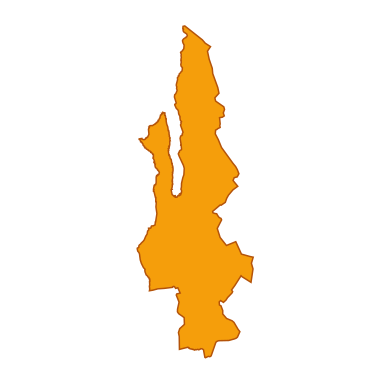 Eid nor, Sogn og Fjordane, Norway (orthographic projection), rotated 87°
{"feature_id": "86288312B38432559775747", "entity_name": "Eid nor", "entity_type": "district", "adm_level": 2, "iso_a3": "NOR", "parent_name": "Norway", "parent_adm1": "Sogn og Fjordane", "projection": "orthographic", "projection_center": [5.985, 61.929], "detail": "fine", "context": "isolated", "style": "filled", "palette": "amber", "viewbox_px": 384, "rotation_deg": 87, "n_neighbors": 0, "source": "geoboundaries", "source_scale": "gbopen_adm2", "svg_char_len": 6106}
<svg xmlns="http://www.w3.org/2000/svg" viewBox="0 0 384 384"><g transform="rotate(87 192 192)"><path d="M111.2,155.2L108.6,155.8L102.5,163.6L100.7,164.0L99.1,164.2L94.8,159.9L89.0,160.8L74.9,165.1L69.5,165.3L60.3,167.9L52.2,169.2L47.8,165.9L44.1,171.0L40.6,173.7L25.8,190.5L26.1,192.3L28.2,192.6L28.3,192.3L29.1,192.0L29.5,192.5L30.9,192.3L31.9,191.7L33.9,189.0L35.6,188.5L36.8,189.2L37.0,189.9L37.5,190.0L37.9,191.2L38.8,192.5L39.9,193.4L40.5,193.6L42.6,193.2L44.9,192.2L48.5,192.7L51.3,195.0L51.6,195.8L52.0,196.1L54.1,195.5L55.3,195.8L57.2,195.6L58.9,196.1L59.9,195.8L60.1,195.9L59.7,196.1L60.2,196.2L61.6,195.9L64.2,196.5L65.7,196.3L67.4,195.1L69.6,195.4L70.6,195.6L71.2,196.5L72.3,197.2L73.3,198.5L74.9,198.9L75.3,199.5L75.7,199.3L77.1,200.6L79.0,200.5L83.7,202.0L85.1,202.1L86.2,201.7L88.1,202.0L89.1,201.6L89.9,201.6L92.9,203.0L94.0,204.2L96.2,204.6L102.3,203.1L103.1,203.7L103.5,204.6L104.1,204.7L107.7,203.3L109.2,201.9L110.3,201.4L113.3,201.2L116.5,199.9L117.1,200.2L119.7,199.9L121.3,198.8L121.9,199.4L123.3,199.3L124.2,199.9L124.8,199.9L131.9,197.8L133.1,198.6L134.4,198.6L134.6,199.1L135.0,199.2L135.0,199.5L135.6,200.4L137.8,201.1L143.9,200.4L143.9,200.7L144.6,200.8L144.6,200.4L148.9,200.2L149.2,200.4L149.9,201.8L150.8,202.6L151.7,202.6L152.1,203.2L153.2,203.7L156.0,202.8L164.9,199.2L167.9,198.5L174.3,199.2L177.5,200.5L182.8,202.0L186.5,202.3L188.6,202.9L189.7,202.4L191.4,202.4L192.3,202.7L192.6,203.3L192.8,203.3L192.6,203.2L192.5,202.8L193.1,203.0L192.8,203.7L193.2,204.4L194.3,203.7L195.1,205.2L194.5,205.6L195.6,206.9L196.2,207.0L196.4,207.6L196.4,208.4L196.3,208.7L195.9,208.7L195.8,209.1L196.1,209.2L195.4,210.2L195.1,210.2L194.8,208.9L195.0,208.5L194.9,208.6L194.7,208.9L195.0,210.4L193.5,212.0L189.0,212.7L188.5,212.6L188.3,211.7L187.4,212.1L186.0,211.5L183.5,211.3L183.5,210.9L182.8,210.8L181.8,211.1L180.1,210.9L180.0,211.3L176.7,210.5L173.4,210.7L172.5,210.3L171.5,210.5L171.5,210.2L169.5,209.8L166.8,209.7L166.5,209.8L166.4,210.1L165.7,209.8L163.4,210.4L162.5,210.3L162.5,210.7L158.9,211.0L158.1,211.2L157.9,211.7L157.4,212.0L154.8,212.3L154.6,212.8L153.7,212.8L153.7,213.2L149.2,213.5L149.2,213.1L148.3,213.2L147.3,212.6L146.9,212.7L146.9,213.0L146.2,212.4L145.0,212.2L145.0,212.6L144.6,212.4L144.6,212.0L143.2,211.7L140.2,211.6L139.6,211.4L139.6,211.1L138.7,211.4L137.2,211.1L137.2,211.4L136.3,211.3L135.1,211.8L134.2,211.6L133.3,211.9L131.6,211.8L129.5,212.1L129.5,212.5L125.7,212.8L122.9,213.7L119.7,214.1L117.7,213.9L117.7,214.3L114.4,214.6L113.9,214.8L113.9,215.2L111.9,214.9L111.9,215.3L111.5,215.3L111.4,216.2L110.9,216.9L111.8,217.2L111.8,218.0L112.3,217.7L112.3,218.1L113.4,218.8L113.5,219.4L116.7,220.3L116.7,220.6L119.1,221.8L118.9,222.2L120.0,222.4L120.4,223.3L120.9,223.5L120.8,224.0L121.8,224.6L121.9,225.2L122.2,225.2L123.1,227.2L123.6,227.8L123.5,230.3L124.0,231.1L124.2,230.5L124.2,230.9L125.5,231.3L125.5,231.7L127.2,232.2L132.1,232.0L134.9,233.5L135.0,234.1L135.4,234.3L135.4,234.8L135.7,234.7L136.2,235.6L136.7,235.8L137.2,237.1L137.1,237.8L136.6,239.2L135.9,239.2L135.9,240.2L136.3,241.0L136.1,241.9L136.5,242.0L136.8,242.0L137.2,241.3L137.7,240.9L139.2,240.7L139.2,240.0L139.6,239.9L140.0,239.3L140.9,239.1L141.2,238.6L142.9,238.3L143.4,237.6L144.5,237.2L144.6,236.8L145.5,236.7L145.7,235.8L146.7,235.3L147.4,233.9L147.7,233.9L147.9,233.4L148.5,233.1L149.2,231.5L150.0,231.3L149.9,231.1L150.1,230.6L150.6,230.6L151.1,229.8L152.3,229.3L152.3,228.9L152.6,229.0L152.8,228.6L155.2,228.7L155.2,229.0L156.2,229.2L157.2,228.5L159.2,227.9L160.1,227.8L160.0,228.4L160.6,228.5L161.1,227.9L162.4,227.6L162.4,227.2L163.7,227.6L165.3,227.3L165.8,227.1L166.8,225.9L168.3,225.2L168.4,224.8L169.1,224.5L169.6,224.0L170.9,223.6L172.6,224.2L172.9,224.5L172.8,225.2L173.6,225.4L173.6,225.9L174.0,226.0L173.8,226.5L175.2,227.0L180.7,227.3L182.5,227.8L182.4,228.1L182.6,228.5L183.2,228.7L183.2,229.1L183.7,229.1L183.7,229.5L186.5,230.2L187.8,230.4L187.8,230.0L189.4,230.4L189.6,229.9L195.6,228.8L195.6,228.4L199.7,228.7L200.1,228.6L200.1,228.2L201.4,228.3L205.0,228.8L211.8,228.2L220.0,229.9L220.0,230.2L222.9,230.6L223.8,232.6L223.7,233.8L224.1,234.5L225.5,234.8L225.9,235.2L225.9,237.3L227.6,237.2L228.7,238.4L231.6,239.0L233.7,240.5L237.3,242.2L238.5,243.2L240.6,245.6L241.4,246.2L242.0,247.2L242.8,247.8L244.5,248.1L244.8,248.4L245.1,249.5L245.8,249.7L248.2,249.3L249.7,248.2L251.1,247.7L257.2,247.2L260.6,246.3L265.0,244.4L266.7,242.9L267.4,243.2L269.2,243.1L272.4,242.1L273.3,241.1L275.1,240.0L275.1,239.6L276.7,239.2L276.7,238.8L278.8,238.7L278.9,239.1L283.0,239.1L283.6,239.5L286.8,239.3L288.4,239.7L288.0,236.3L286.9,231.2L286.8,224.9L286.2,216.4L285.6,216.2L285.3,215.0L285.8,214.3L287.4,213.4L286.9,211.2L292.3,209.1L293.0,212.6L294.1,213.1L301.3,210.7L308.3,212.6L310.9,212.8L312.8,211.7L317.0,206.4L323.8,206.5L327.8,211.4L331.7,212.9L335.6,212.3L348.5,212.8L346.8,204.2L347.1,204.0L347.3,203.2L347.9,203.2L348.3,202.5L348.7,201.4L348.7,200.8L349.1,200.1L349.0,199.4L349.5,199.0L349.5,198.5L350.0,197.6L349.5,197.0L349.8,196.2L349.4,194.4L350.0,193.4L349.6,192.8L349.3,191.8L348.9,191.5L349.1,190.8L349.0,190.3L350.1,188.8L357.8,187.8L358.2,187.2L357.0,184.3L357.4,182.8L357.0,181.9L356.5,181.4L344.0,176.3L343.3,176.0L342.3,174.6L341.9,173.1L342.2,163.1L340.9,157.2L340.3,155.5L339.3,154.2L334.0,151.5L331.7,153.1L324.4,156.9L322.7,158.7L320.1,164.1L315.4,167.7L312.0,167.5L307.2,169.0L306.3,170.5L303.2,170.6L301.9,169.1L303.9,166.4L301.8,163.8L299.3,162.0L295.0,157.4L293.6,156.6L291.9,157.6L287.6,154.1L278.2,147.4L279.2,146.5L285.3,137.8L272.0,135.1L266.3,136.4L260.3,134.3L259.4,137.6L256.6,145.9L243.9,150.9L247.2,160.4L238.9,166.3L229.7,168.7L221.4,163.9L219.9,164.4L218.9,166.2L217.0,167.5L215.0,168.5L214.6,170.4L213.9,172.1L213.5,172.3L212.4,172.4L206.4,164.5L206.7,163.6L204.1,159.3L200.2,157.7L197.0,155.7L192.0,151.0L188.7,146.0L182.7,150.4L179.9,149.1L179.3,146.1L176.2,144.2L172.0,145.6L168.9,147.1L165.5,149.6L149.1,160.2L141.1,163.0L135.2,165.7L131.4,165.2L130.8,163.8L130.1,163.0L129.0,160.5L126.9,160.8L125.6,160.3L119.2,160.6L118.9,157.8L117.7,155.8L114.7,156.6L111.2,155.2Z" fill="#f59e0b" stroke="#b45309" stroke-width="1.5"/></g></svg>